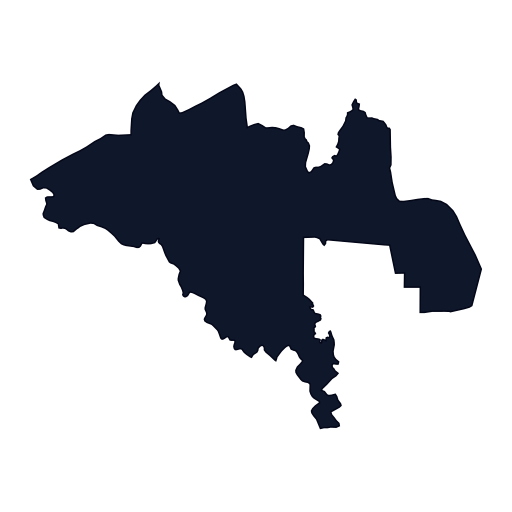 Pur Rieng, Prey Vêng, Cambodia
{"feature_id": "14789045B26766216675918", "entity_name": "Pur Rieng", "entity_type": "district", "adm_level": 2, "iso_a3": "KHM", "parent_name": "Cambodia", "parent_adm1": "Prey Vêng", "projection": "mercator", "projection_center": [105.263, 11.512], "detail": "fine", "context": "isolated", "style": "filled", "palette": "ink", "viewbox_px": 512, "rotation_deg": 0, "n_neighbors": 0, "source": "geoboundaries", "source_scale": "gbopen_adm2", "svg_char_len": 6055}
<svg xmlns="http://www.w3.org/2000/svg" viewBox="0 0 512 512"><path d="M311.5,410.9L311.9,412.9L313.7,415.7L316.6,419.2L320.4,428.4L323.8,427.6L327.4,427.6L330.6,427.0L336.2,427.2L339.3,425.8L338.9,423.4L336.1,420.6L334.1,417.8L331.6,414.8L330.7,411.9L339.3,407.1L341.0,405.5L340.5,403.7L337.8,400.1L336.7,396.5L335.3,394.3L331.5,395.3L328.6,395.6L326.9,394.8L324.4,391.6L321.4,390.4L322.2,388.5L326.8,384.1L331.9,378.5L335.9,375.8L338.0,373.3L335.0,370.9L333.7,368.7L332.4,367.6L332.0,365.8L332.3,364.6L333.2,363.7L334.2,363.7L335.9,364.0L338.0,364.1L338.3,363.2L338.6,361.8L335.7,359.4L334.0,357.0L333.3,354.7L333.0,351.2L334.2,344.8L334.1,342.4L333.8,339.9L332.3,336.7L331.7,335.2L330.8,332.1L330.3,331.1L329.4,331.5L328.6,333.0L329.3,334.2L329.9,336.1L329.4,337.3L328.4,337.6L327.5,337.3L326.3,337.8L325.9,340.7L324.0,339.8L322.9,339.4L321.8,340.2L321.8,341.7L321.4,342.8L320.3,342.8L319.6,341.9L320.0,340.9L320.1,339.9L319.3,339.3L318.1,339.0L316.4,338.8L314.3,338.3L313.6,337.0L314.0,334.5L315.4,333.7L314.8,332.4L313.8,331.4L314.1,330.2L313.9,327.8L314.9,327.2L315.4,326.3L314.7,324.5L315.1,323.0L316.8,321.6L317.8,321.5L318.8,320.6L319.7,320.5L320.5,319.8L320.9,318.5L320.2,317.0L320.8,316.1L320.2,314.8L318.2,314.1L315.0,313.5L314.2,312.5L313.5,310.7L312.9,309.7L311.6,309.8L310.9,309.2L310.1,308.1L309.8,307.0L311.0,306.9L312.7,307.1L313.5,306.0L313.0,304.8L312.1,304.4L312.7,303.1L309.3,299.4L307.1,297.6L303.2,295.1L303.3,284.3L303.2,273.0L303.5,237.4L314.7,237.0L316.7,237.4L319.8,238.7L323.0,244.1L324.2,245.2L325.5,243.5L325.6,241.0L327.1,239.9L328.3,239.8L384.5,244.8L389.7,245.1L395.5,273.2L404.6,273.0L404.4,287.1L420.3,287.1L420.2,312.4L424.3,312.4L432.2,311.2L440.9,311.2L444.1,311.1L449.5,311.3L450.4,311.7L464.1,308.6L469.3,307.1L471.8,305.6L481.3,269.1L475.2,255.1L469.4,244.0L464.8,235.2L459.7,224.2L456.5,216.7L452.9,210.8L446.6,204.5L440.7,201.4L435.8,200.5L431.9,200.0L428.0,198.6L424.2,198.7L417.4,199.5L410.8,200.6L403.8,201.5L399.5,201.4L396.6,198.6L395.2,195.6L392.1,182.4L390.5,172.0L389.5,168.0L390.9,164.9L391.0,157.0L390.4,147.2L390.1,129.5L389.1,128.2L387.6,128.4L386.5,126.8L385.9,125.0L384.5,123.1L383.1,121.4L380.6,120.9L379.1,120.7L377.5,119.5L373.6,118.7L371.9,118.0L369.8,118.1L367.8,118.1L367.0,117.7L365.7,114.8L365.1,112.6L363.3,111.4L360.4,110.8L359.1,110.1L358.4,109.3L359.0,106.5L359.3,104.1L357.3,103.4L356.4,102.5L356.2,100.0L355.2,99.3L353.7,101.6L352.1,104.9L352.8,107.2L353.2,109.5L351.7,110.9L349.7,112.0L347.6,112.8L347.6,114.6L346.9,116.6L346.1,117.8L345.7,121.0L343.1,126.2L339.3,131.4L338.4,132.9L338.1,134.5L339.3,135.7L338.9,138.7L338.8,141.3L337.8,144.3L336.4,146.9L338.3,148.1L339.8,149.3L338.9,151.9L337.6,154.8L336.4,156.2L334.6,155.6L332.7,156.7L332.0,157.9L332.9,158.9L333.7,160.4L332.9,162.8L331.4,164.5L329.4,165.1L326.8,164.0L324.7,163.8L320.9,166.5L318.7,167.3L315.5,167.4L314.0,167.9L311.3,171.8L308.8,172.9L307.3,171.2L305.3,166.7L305.5,162.6L308.1,153.6L309.2,148.8L309.4,145.8L308.3,143.0L306.9,141.8L306.3,140.0L304.9,138.7L304.1,136.7L304.2,132.6L303.6,129.0L301.3,127.8L296.8,126.7L293.6,125.4L291.0,126.0L288.2,128.5L285.2,130.1L283.3,130.2L279.1,128.7L275.7,127.8L272.1,127.5L268.5,127.9L265.7,128.0L262.1,125.6L258.2,123.6L254.3,124.6L250.2,126.2L247.3,127.6L246.0,118.3L244.8,102.0L243.9,96.3L242.6,92.1L240.8,89.0L236.4,84.2L233.3,85.4L219.5,92.8L209.8,98.7L201.6,103.3L196.0,106.0L189.0,109.7L182.2,112.8L179.3,113.2L177.6,109.9L174.8,105.5L169.9,101.8L165.1,99.1L161.9,95.2L161.5,91.8L158.7,85.2L158.9,83.6L156.4,86.0L150.9,90.7L145.0,95.2L140.2,100.4L136.4,105.7L132.9,112.9L131.8,118.8L131.1,130.5L131.1,134.8L118.3,135.4L109.0,134.6L105.9,135.1L100.6,138.7L95.0,141.5L86.8,147.0L80.1,150.8L73.1,154.2L62.3,159.9L49.0,167.8L42.2,172.1L36.4,176.2L30.7,179.5L33.4,185.8L37.4,189.2L40.0,189.1L43.3,187.7L46.5,187.9L49.8,190.0L52.8,192.4L54.1,194.6L53.8,196.5L52.6,196.9L47.2,197.0L45.6,198.0L45.9,200.5L46.7,203.0L46.9,204.2L45.7,206.7L44.5,210.3L43.2,213.6L43.3,214.9L44.2,217.4L47.4,219.4L49.7,220.5L53.3,221.4L55.9,222.4L58.4,223.8L59.0,227.9L61.0,228.3L62.8,227.9L65.3,228.4L67.0,229.5L68.5,230.8L71.0,231.8L73.3,231.6L76.7,228.7L77.9,228.0L80.0,226.3L84.3,224.4L90.6,223.0L94.0,223.4L97.2,225.4L101.4,226.7L105.3,228.3L107.7,229.9L111.7,233.3L114.7,236.1L118.7,241.1L121.4,243.7L123.6,244.7L126.0,245.4L134.2,246.5L135.1,246.9L136.9,247.4L138.9,247.3L140.4,246.0L141.9,243.1L143.3,243.1L145.2,243.5L148.0,243.7L150.8,243.6L154.7,242.6L157.1,239.2L158.2,238.4L159.1,238.8L158.4,241.3L158.7,242.3L159.6,243.4L161.3,244.5L162.6,246.5L164.8,252.7L165.9,255.4L169.4,261.9L170.6,262.8L173.9,264.0L176.0,265.6L178.8,268.1L180.5,271.0L179.2,274.3L178.3,278.5L178.3,280.2L179.8,284.4L181.3,286.9L182.6,290.1L183.3,292.8L182.8,294.8L183.5,296.0L184.6,296.7L185.7,296.7L187.5,295.6L189.4,292.5L190.3,292.0L192.3,292.4L194.5,293.3L198.3,295.3L202.9,297.4L204.5,298.3L205.9,299.4L206.7,301.3L206.3,303.7L205.2,307.7L205.2,309.2L206.6,312.4L206.8,313.6L206.6,315.1L204.9,318.0L204.4,319.2L204.9,320.9L207.0,322.4L211.7,324.2L213.3,325.6L217.5,329.9L218.3,331.1L219.2,333.4L220.8,338.0L221.7,339.0L222.7,339.1L224.3,338.3L226.0,337.1L226.9,336.6L228.4,336.8L230.0,339.9L231.2,340.2L234.3,340.2L235.0,341.1L235.1,342.1L234.1,345.1L233.9,346.7L234.4,348.6L235.3,349.6L236.3,349.6L240.2,348.6L242.2,349.2L242.8,350.3L244.2,352.2L245.7,353.5L247.1,354.6L250.3,356.8L251.5,357.3L252.1,356.2L253.2,354.5L256.8,352.1L257.7,350.5L258.1,348.1L259.9,346.2L261.3,345.4L263.0,345.4L263.9,346.6L264.4,347.9L264.4,349.9L266.0,352.1L270.0,355.4L274.8,360.0L275.8,360.7L276.4,359.0L276.9,357.0L280.2,352.5L281.6,350.7L284.7,347.6L286.2,346.4L287.3,345.8L288.5,345.3L289.8,346.0L291.2,349.1L293.9,350.2L295.3,350.5L296.1,351.1L297.3,352.5L298.1,353.9L299.4,356.9L300.6,358.6L302.6,360.5L302.3,361.7L300.3,364.1L297.4,367.0L295.9,370.3L296.0,372.3L297.3,374.7L300.9,379.4L302.5,380.9L305.1,381.8L307.8,382.3L309.7,383.5L310.2,384.8L310.0,391.1L311.0,394.1L312.4,396.5L314.1,398.1L319.4,401.4L319.6,402.8L315.3,406.0L312.7,408.7L311.5,410.9Z" fill="#0f172a" stroke="#020617" stroke-width="1.5"/></svg>